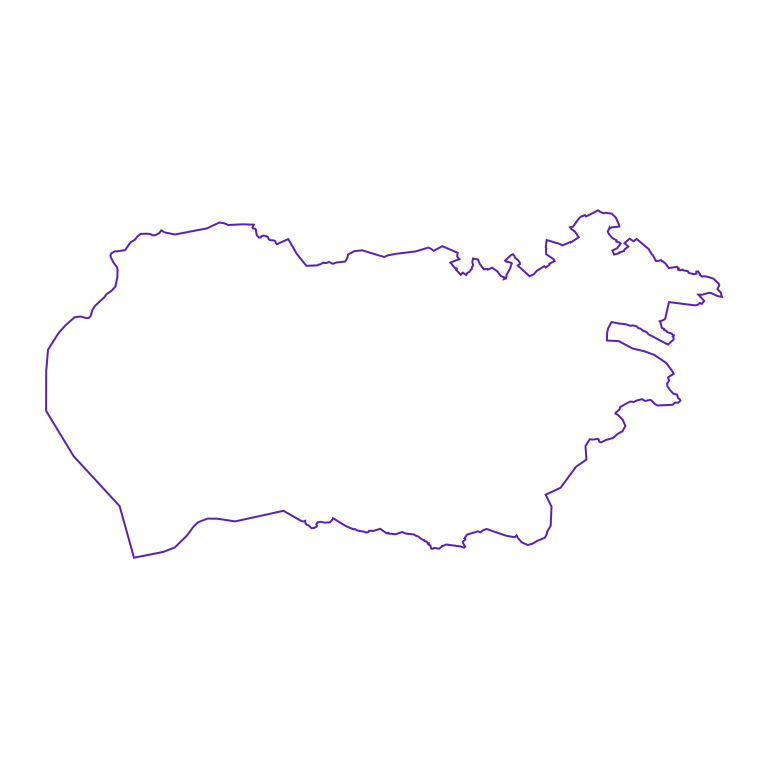 the district of Ballymahon Lea-6, Longford, Ireland
{"feature_id": "5873133B88406731709637", "entity_name": "Ballymahon Lea-6", "entity_type": "district", "adm_level": 2, "iso_a3": "IRL", "parent_name": "Ireland", "parent_adm1": "Longford", "projection": "robinson", "projection_center": [-7.714, 53.623], "detail": "fine", "context": "isolated", "style": "outline", "palette": "violet", "viewbox_px": 768, "rotation_deg": 0, "n_neighbors": 0, "source": "geoboundaries", "source_scale": "gbopen_adm2", "svg_char_len": 5033}
<svg xmlns="http://www.w3.org/2000/svg" viewBox="0 0 768 768"><path d="M713.4,278.6L705.7,276.3L703.2,276.3L702.2,276.7L699.8,274.9L700.0,274.2L698.1,271.4L696.3,271.6L696.4,273.7L693.8,274.2L688.5,272.8L688.1,271.3L682.9,270.2L682.5,269.6L680.2,270.3L678.4,270.1L677.9,268.7L678.7,268.2L677.0,266.8L669.0,268.1L665.3,263.4L662.7,261.3L662.0,261.4L660.9,260.0L658.9,260.8L656.0,261.1L652.8,255.1L652.0,254.6L648.6,249.0L636.7,239.0L633.4,241.2L629.6,238.7L624.5,243.1L628.4,246.6L624.5,249.5L624.0,251.0L619.3,252.4L619.3,253.1L614.1,254.6L612.4,250.5L617.0,248.3L620.6,243.6L619.2,242.4L616.3,241.5L616.6,240.3L612.4,238.1L608.9,234.1L607.7,231.6L609.4,228.0L609.5,228.6L611.9,227.3L619.3,226.6L618.7,223.9L615.7,217.5L611.9,213.7L605.7,212.8L603.6,213.3L600.5,212.0L598.1,210.3L586.0,216.5L584.9,215.1L580.9,216.6L578.4,219.0L573.2,226.5L570.0,227.3L571.8,229.4L574.9,231.5L578.7,237.3L570.7,242.5L570.4,242.0L562.5,245.4L559.7,243.9L546.7,240.1L545.7,247.2L546.4,248.5L545.9,249.5L546.2,254.2L553.6,259.2L554.6,261.1L549.3,263.8L549.5,264.7L545.7,267.5L544.2,266.2L536.7,270.9L533.8,274.3L529.6,276.2L517.7,265.5L519.9,264.0L519.7,262.4L518.2,260.3L514.8,257.6L514.6,256.2L513.0,254.2L510.9,255.2L505.1,260.6L506.3,261.6L510.1,262.4L511.8,263.3L510.1,268.5L506.7,274.6L506.0,278.4L503.8,279.1L504.4,277.4L500.8,276.0L497.3,271.3L492.1,267.7L487.9,269.6L487.5,268.9L483.9,269.4L479.7,263.8L478.0,259.5L473.0,258.5L472.3,262.0L473.1,265.4L471.8,267.5L471.8,269.2L470.8,269.8L469.5,271.8L467.4,272.9L466.2,275.0L462.8,272.6L460.8,274.8L456.0,269.7L457.0,269.0L456.7,268.5L454.9,268.0L450.4,262.6L459.4,259.1L457.1,256.4L457.7,252.8L442.3,246.2L433.6,250.8L431.1,248.8L428.3,247.6L415.8,251.4L396.1,253.8L387.9,255.3L384.2,257.0L362.1,250.3L354.3,251.2L348.1,254.4L347.6,257.1L345.3,261.5L336.6,262.5L332.7,263.8L329.0,261.9L326.4,263.0L324.2,263.0L323.1,262.5L320.6,264.3L318.7,264.6L317.2,265.4L306.4,265.8L296.8,253.9L288.3,239.1L276.8,244.2L275.8,243.1L275.3,241.3L273.7,240.4L270.3,240.2L268.7,239.1L267.9,237.1L266.3,236.3L263.7,235.6L261.7,236.1L260.6,237.5L259.1,237.6L256.7,235.2L255.8,229.4L254.6,228.5L253.1,228.5L252.4,227.5L253.8,224.7L243.2,224.3L228.2,225.0L224.3,223.3L219.4,222.5L207.2,228.3L174.9,234.5L164.7,232.4L161.2,230.4L159.3,233.1L155.1,235.3L152.5,235.2L150.0,234.0L147.5,233.7L140.6,233.9L137.8,236.0L134.7,239.9L130.7,242.1L125.1,250.1L116.8,251.4L115.0,251.2L111.4,253.3L110.5,255.2L110.7,257.1L113.5,262.6L117.0,267.2L117.6,269.6L117.3,277.2L115.4,286.6L111.6,290.7L106.4,294.2L104.3,297.3L94.9,306.0L92.5,309.8L90.6,316.1L89.1,317.7L86.7,318.2L80.4,316.5L74.5,317.3L65.5,325.3L58.5,333.1L48.0,349.8L46.2,371.1L46.1,410.8L73.7,456.3L76.3,459.1L119.6,506.1L134.0,557.7L163.3,551.9L174.9,547.4L186.8,535.7L193.3,526.9L198.2,522.2L207.5,518.6L217.1,518.7L235.2,521.4L283.4,510.8L301.2,520.9L303.1,521.5L305.2,520.8L305.5,523.5L307.2,525.0L308.5,525.3L311.6,528.3L314.0,527.9L316.4,526.8L317.0,525.7L316.3,524.4L317.5,522.3L321.0,521.8L324.5,522.7L330.0,522.3L332.5,519.6L333.0,518.2L346.1,526.2L352.5,528.9L353.9,529.4L354.7,529.0L357.4,530.5L364.1,531.7L366.1,532.5L368.3,532.1L369.0,530.9L371.9,530.7L372.8,531.1L380.2,528.8L386.0,532.9L387.9,532.8L387.6,533.4L395.3,534.3L402.2,532.0L405.9,533.6L413.9,534.5L416.1,535.9L417.7,536.2L421.7,539.2L424.4,540.3L424.6,541.0L426.3,541.5L427.6,542.6L427.7,543.3L428.9,543.3L428.5,544.6L430.3,545.4L431.2,548.5L432.5,548.9L434.2,547.9L439.0,548.7L441.8,546.7L442.1,545.9L443.4,545.8L446.2,544.5L460.4,546.4L464.1,547.6L465.2,546.7L462.9,542.9L462.9,541.8L465.3,539.4L465.2,538.6L464.5,538.3L467.1,534.6L477.9,531.3L480.4,532.3L483.4,530.1L486.5,529.0L506.4,535.8L514.6,537.2L516.6,535.4L517.7,537.8L521.7,542.3L527.7,545.0L532.4,543.8L537.0,541.0L544.9,537.7L547.0,533.8L546.9,532.3L550.7,525.6L551.5,506.7L545.7,494.7L560.6,487.7L576.0,466.8L586.4,459.6L585.5,446.0L589.7,439.3L593.0,439.6L597.9,438.8L598.7,439.4L599.3,441.7L601.1,442.4L606.1,439.9L613.3,437.9L617.2,434.2L622.4,431.2L625.4,426.1L622.7,419.8L618.0,414.9L615.5,413.7L615.7,412.7L619.5,409.4L620.2,407.0L629.5,401.8L630.7,401.6L633.7,402.0L636.7,400.5L642.0,399.2L645.2,401.0L649.9,399.9L651.2,400.2L655.1,404.2L657.7,405.5L672.4,404.8L675.0,402.7L678.4,402.6L680.4,400.7L679.9,399.4L678.1,398.0L677.1,394.7L673.2,393.6L669.8,389.8L667.2,385.8L667.2,383.5L669.0,380.7L668.1,377.3L673.7,373.8L671.9,370.6L666.2,363.0L654.5,355.0L644.1,351.2L632.6,348.5L618.7,341.1L606.9,340.5L607.2,332.1L608.3,328.1L611.5,322.0L618.1,323.4L625.6,324.2L630.5,325.8L632.9,325.4L636.9,326.5L638.4,328.2L640.7,328.7L643.6,331.2L644.5,331.1L647.1,332.5L648.3,334.2L668.0,344.6L673.6,339.5L673.5,336.8L672.9,336.5L673.9,335.3L672.2,334.5L671.7,333.5L667.5,332.3L667.1,331.4L664.0,329.7L664.1,328.9L661.8,327.8L660.5,322.3L659.7,321.3L663.3,320.1L665.2,318.7L669.0,302.1L695.3,305.4L698.0,304.8L699.7,303.0L701.8,303.9L704.2,300.9L698.4,294.7L702.2,294.7L708.8,292.8L711.7,293.3L717.6,296.1L721.9,296.8L720.8,292.6L717.5,289.1L719.2,285.2L719.1,284.2L713.4,278.6Z" fill="none" stroke="#5b21b6" stroke-width="2"/></svg>